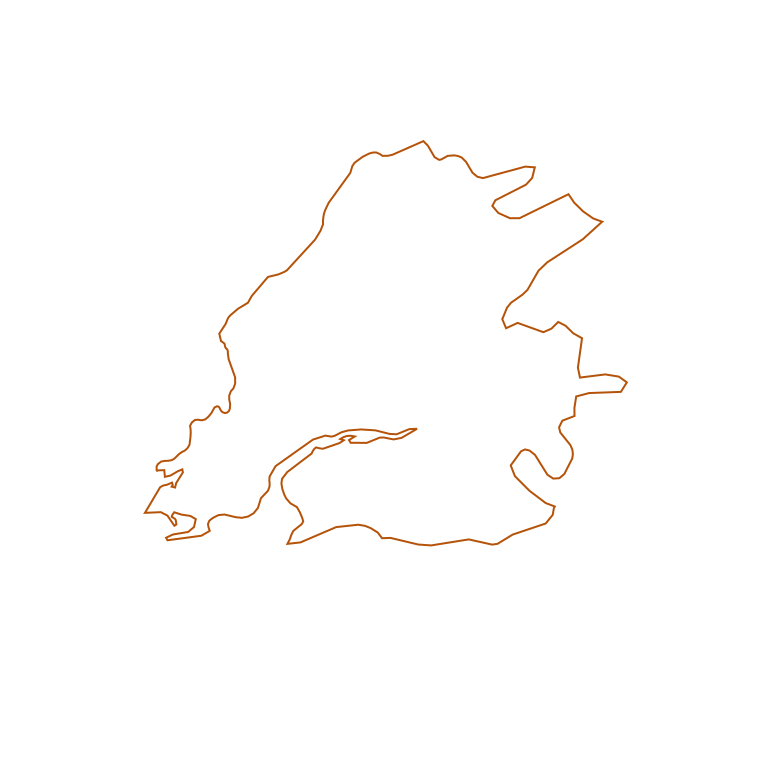 an SVG outline of Loire-Atlantique, rotated 328°
{"feature_id": "FRA-5316", "entity_name": "Loire-Atlantique", "entity_type": "Metropolitan department", "adm_level": 1, "iso_a3": "FRA", "parent_name": "France", "parent_adm1": "", "projection": "natural_earth1", "projection_center": [-1.707, 47.343], "detail": "fine", "context": "isolated", "style": "outline", "palette": "amber", "viewbox_px": 768, "rotation_deg": 328, "n_neighbors": 0, "source": "natural_earth", "source_scale": "10m", "svg_char_len": 4582}
<svg xmlns="http://www.w3.org/2000/svg" viewBox="0 0 768 768"><g transform="rotate(328 384 384)"><path d="M300.6,513.7L300.0,506.6L296.3,499.1L292.7,494.2L287.6,489.7L267.6,480.0L229.3,474.1L217.4,468.4L221.8,465.8L225.4,462.9L229.3,460.5L240.1,459.2L242.7,457.7L243.7,454.2L244.7,448.0L244.9,442.2L241.4,435.6L240.4,429.2L240.9,424.5L242.2,419.0L244.3,414.0L247.3,410.4L255.3,407.4L285.8,404.6L288.1,403.1L290.4,402.1L292.8,401.8L295.5,404.6L298.0,406.6L315.0,410.5L320.1,410.4L317.8,407.5L321.6,407.6L325.2,408.5L328.4,410.3L331.4,413.0L324.6,413.0L324.6,416.2L338.2,424.8L352.0,427.2L355.4,429.2L362.8,436.1L370.4,439.0L388.3,439.5L381.6,435.7L368.0,433.3L362.2,429.2L352.2,418.8L340.5,410.4L329.0,404.4L322.4,402.4L314.5,401.8L311.6,400.8L306.9,396.7L294.3,393.5L248.5,396.2L238.0,401.8L235.7,404.9L234.4,407.6L232.6,410.3L229.1,413.0L219.2,415.6L211.4,422.3L205.1,424.5L198.6,424.4L192.6,422.2L187.7,418.4L179.6,410.2L174.3,407.5L168.7,406.9L165.6,407.1L163.2,407.5L160.5,409.5L159.3,412.4L158.7,415.0L158.4,416.2L148.7,415.9L117.6,401.8L117.7,398.9L125.3,399.8L139.5,405.7L147.1,404.6L152.8,398.8L149.8,393.2L143.1,387.5L138.1,381.6L135.7,382.6L134.5,383.3L133.6,384.2L135.2,387.3L135.3,389.0L133.5,393.1L131.1,393.1L130.6,380.8L126.8,374.4L113.0,366.6L139.5,352.9L143.0,353.1L146.4,354.4L152.0,355.3L151.3,357.7L150.9,357.7L149.5,358.5L152.0,361.1L155.2,357.9L166.6,352.4L167.7,349.5L162.6,348.7L154.4,348.5L149.0,346.6L152.0,340.6L146.6,337.5L144.7,337.3L144.8,337.3L145.2,337.1L147.5,333.4L149.9,332.1L154.0,331.7L157.4,333.1L160.6,334.9L163.6,336.1L166.7,336.2L173.1,334.8L176.3,334.6L179.6,334.9L183.0,334.4L186.8,332.5L191.5,326.8L194.2,323.0L196.1,319.7L197.2,317.1L197.5,316.6L198.5,316.0L200.8,314.8L204.5,314.3L206.8,315.4L208.1,316.3L208.7,317.0L209.4,317.6L210.9,318.5L213.7,319.3L217.7,318.7L222.2,317.2L227.8,314.1L230.6,314.4L231.7,315.6L231.9,316.6L231.7,319.1L231.7,321.0L232.2,322.4L233.6,324.3L235.8,325.1L238.3,324.7L240.2,323.2L242.9,319.5L244.5,315.2L246.6,311.8L250.3,309.0L254.0,307.9L258.0,304.8L261.3,299.4L265.4,280.7L267.7,275.5L268.9,273.5L269.4,271.7L268.9,269.8L269.0,268.3L269.7,266.5L270.1,265.2L269.2,262.7L268.5,261.3L271.0,254.0L281.4,249.2L286.3,245.7L287.7,245.0L290.1,244.3L300.3,242.8L311.7,243.0L318.4,239.3L342.3,231.7L352.5,235.1L358.8,236.1L362.1,236.1L402.2,225.0L411.3,220.4L417.0,216.2L418.6,213.4L420.8,210.6L423.2,207.9L426.2,205.4L433.1,201.0L467.3,187.1L472.5,182.5L476.2,180.8L486.3,180.0L493.5,180.7L497.0,181.7L500.1,183.5L502.4,186.9L503.6,189.7L508.4,192.6L512.8,194.1L546.1,198.9L547.5,205.1L547.1,218.5L549.6,223.2L551.6,223.9L558.9,224.3L565.0,227.5L567.7,230.0L569.9,233.1L571.3,239.0L571.0,251.7L573.0,257.7L577.0,261.8L619.0,274.5L626.7,280.2L618.8,287.8L610.1,290.2L575.8,287.2L570.2,290.4L571.6,299.6L578.7,310.2L586.8,315.2L641.0,320.8L641.4,331.0L644.3,343.1L649.1,354.4L655.0,362.0L654.9,362.0L654.7,362.0L654.3,362.1L654.0,362.2L653.6,362.2L653.3,362.3L652.8,362.4L652.3,362.5L651.8,362.5L651.3,362.6L650.7,362.8L650.1,362.9L649.5,363.0L648.8,363.1L648.1,363.2L647.4,363.3L646.7,363.5L646.0,363.6L645.3,363.7L644.5,363.9L643.7,364.0L643.0,364.2L642.2,364.3L641.4,364.4L640.7,364.6L639.9,364.7L639.2,364.8L638.4,365.0L637.7,365.1L637.0,365.2L636.3,365.4L635.6,365.5L634.9,365.6L634.3,365.7L633.7,365.8L633.1,365.9L632.6,366.0L632.1,366.1L631.6,366.2L631.2,366.3L630.8,366.4L630.4,366.4L630.1,366.5L629.9,366.5L629.7,366.6L629.4,366.6L587.0,367.3L575.0,369.8L555.6,380.2L548.8,381.6L534.7,382.4L528.7,384.5L528.3,384.8L528.2,384.9L528.0,385.0L527.9,385.1L527.7,385.3L527.3,385.6L527.0,385.7L526.8,385.9L526.6,386.1L526.3,386.2L526.0,386.4L525.8,386.6L525.5,386.8L525.2,387.0L524.9,387.3L524.6,387.5L524.3,387.7L524.0,387.9L523.7,388.1L523.4,388.3L523.1,388.5L522.8,388.8L522.5,389.0L522.2,389.2L521.9,389.4L521.6,389.6L521.3,389.8L521.1,390.0L520.8,390.2L520.6,390.3L520.3,390.5L520.1,390.7L519.9,390.8L519.7,391.0L519.3,391.2L519.2,391.3L518.9,391.5L518.7,391.6L517.1,401.4L529.7,403.0L546.6,424.5L555.3,425.8L564.6,423.7L568.8,430.7L571.4,441.4L576.2,450.1L557.1,472.9L553.6,482.4L576.7,493.1L587.1,502.2L590.8,511.3L580.7,516.2L553.2,500.4L540.4,496.4L532.8,505.2L528.6,512.1L515.8,509.6L509.5,513.5L507.8,518.5L509.7,534.6L508.9,539.6L507.0,543.6L504.2,546.9L489.2,555.9L482.8,556.8L477.4,553.9L474.5,547.5L474.5,524.2L472.2,517.6L468.9,514.2L464.5,513.7L448.3,520.2L446.2,531.5L450.8,551.7L458.0,570.6L463.9,578.4L462.2,579.4L457.7,584.4L447.2,588.0L413.4,579.9L395.6,579.7L390.6,577.5L373.5,560.7L338.5,545.9L328.0,538.3L308.0,518.0L300.6,513.7Z" fill="none" stroke="#b45309" stroke-width="2"/></g></svg>